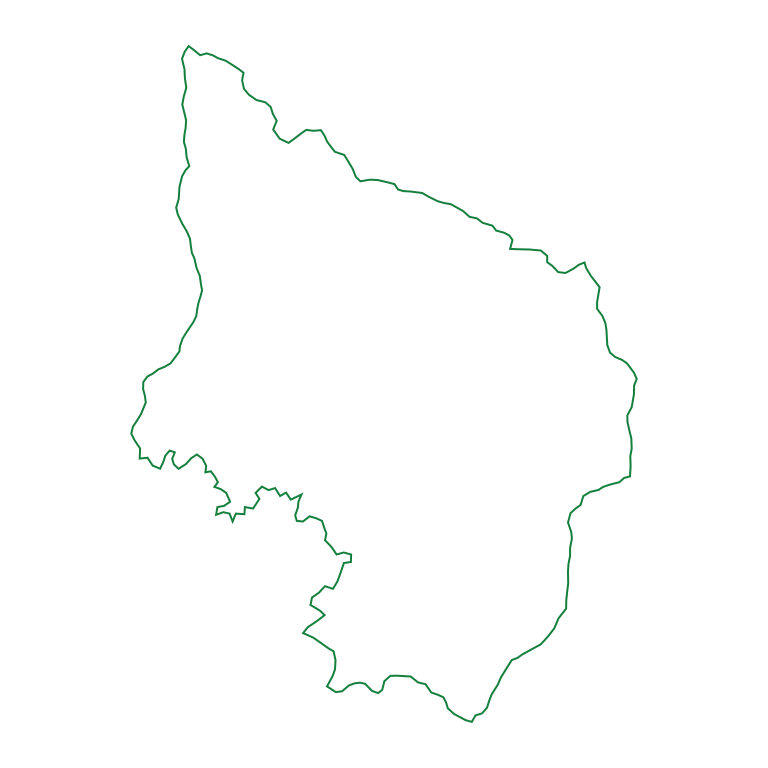 Luís Antônio, São Paulo, Brazil
{"feature_id": "56859067B15496650463399", "entity_name": "Luís Antônio", "entity_type": "district", "adm_level": 2, "iso_a3": "BRA", "parent_name": "Brazil", "parent_adm1": "São Paulo", "projection": "robinson", "projection_center": [-47.801, -21.547], "detail": "fine", "context": "isolated", "style": "outline", "palette": "green", "viewbox_px": 768, "rotation_deg": 0, "n_neighbors": 0, "source": "geoboundaries", "source_scale": "gbopen_adm2", "svg_char_len": 3623}
<svg xmlns="http://www.w3.org/2000/svg" viewBox="0 0 768 768"><path d="M188.6,46.1L184.7,51.8L182.0,58.8L184.5,69.3L184.9,78.2L186.3,87.6L183.7,96.9L182.3,104.6L184.4,113.1L186.1,120.4L185.6,128.1L184.5,134.2L183.9,141.9L185.8,148.6L186.7,157.7L189.3,166.1L185.6,170.1L182.1,176.2L179.5,186.7L178.7,199.0L176.2,207.6L177.7,214.2L182.3,223.8L186.7,231.2L190.0,238.7L190.8,245.8L191.9,252.9L194.4,258.4L196.6,268.1L199.8,275.8L200.9,283.8L202.1,290.4L200.4,296.7L198.6,302.3L197.2,309.2L196.3,316.1L193.3,322.2L186.2,332.7L182.6,338.6L180.1,345.7L179.3,351.6L175.8,356.4L170.5,363.4L164.4,366.9L158.3,369.4L152.9,373.6L147.4,376.5L143.3,382.1L143.1,389.1L144.7,394.9L145.8,402.4L141.1,413.9L136.7,421.1L132.9,426.7L131.3,433.6L134.6,440.3L140.1,448.5L139.7,458.6L147.5,457.7L152.7,465.6L160.1,468.7L163.4,461.8L165.3,455.7L169.7,450.6L174.8,452.3L172.2,458.9L173.9,464.4L178.5,468.8L186.0,464.0L191.3,458.1L196.9,454.5L202.6,458.7L206.2,465.9L205.4,472.3L210.9,471.3L214.9,476.7L217.9,482.2L214.4,486.9L220.7,489.1L226.2,492.9L230.1,501.7L224.0,505.9L217.4,507.1L216.1,514.8L223.3,512.2L229.6,513.6L232.6,521.5L235.9,513.6L244.4,514.2L244.9,507.1L253.1,508.5L259.4,498.9L255.6,492.9L261.9,486.6L268.5,490.1L275.1,488.1L280.1,496.0L286.1,492.6L290.8,499.6L301.5,494.5L298.4,501.7L297.9,507.5L295.2,515.4L296.8,520.9L302.9,521.5L309.7,516.3L316.3,518.3L322.0,520.9L324.3,528.0L326.4,533.5L325.0,540.2L331.6,547.1L336.6,554.5L343.7,552.5L351.1,554.5L350.9,562.0L343.9,563.0L341.0,571.6L337.4,581.5L333.0,588.8L325.0,586.2L318.8,592.8L312.0,597.5L310.5,605.0L319.9,610.6L324.6,615.1L317.9,620.4L307.8,627.2L303.1,633.1L313.2,637.6L320.1,642.4L329.0,648.7L333.6,651.3L335.5,660.1L335.0,669.4L332.5,676.3L327.0,686.4L335.8,692.1L342.0,691.3L349.0,685.4L354.6,683.3L360.2,682.7L365.1,683.8L372.0,690.9L378.1,693.1L382.2,689.9L384.4,681.1L390.3,675.9L396.7,675.7L410.7,676.5L418.0,682.4L425.5,684.2L431.3,692.5L438.4,695.0L443.4,697.3L446.1,702.6L447.8,708.3L454.1,714.0L465.5,720.1L471.8,721.9L475.5,715.4L482.0,713.4L487.0,707.7L489.2,700.8L491.6,694.5L497.7,684.8L501.0,677.3L506.7,668.1L511.7,660.1L517.5,657.9L522.4,654.4L527.1,651.8L533.3,648.4L540.5,644.5L544.6,640.2L548.7,635.6L554.3,628.3L558.6,618.2L566.1,608.7L566.3,600.1L567.3,590.6L568.2,583.6L568.0,571.3L568.5,563.9L570.1,555.7L570.1,547.8L571.9,538.6L571.3,532.2L568.0,522.5L570.5,513.2L575.6,508.5L580.6,504.9L583.3,496.1L590.1,491.9L598.4,490.0L603.1,486.9L609.9,484.6L619.4,482.2L624.0,478.0L630.0,476.4L630.6,466.0L630.3,456.3L631.7,448.5L631.3,438.4L629.2,429.7L627.5,422.2L627.3,415.5L631.7,407.2L633.9,394.5L634.1,385.6L636.7,378.9L633.9,372.6L627.1,363.5L622.2,360.0L615.2,357.0L610.0,352.6L607.3,345.1L606.4,329.5L605.4,323.2L602.4,315.9L597.1,308.8L597.1,302.1L599.6,287.2L590.8,275.8L586.1,267.9L584.5,262.5L578.8,264.8L573.7,268.5L565.5,273.0L558.2,272.1L552.1,265.7L547.2,262.2L547.2,255.9L540.8,250.5L529.3,249.5L516.9,249.2L510.1,248.9L512.5,240.0L509.3,235.5L504.1,232.7L496.2,230.6L492.5,225.7L482.6,222.8L476.9,218.4L469.5,216.8L463.2,211.1L450.6,204.1L444.5,203.1L437.9,201.3L428.8,196.8L422.2,193.0L410.4,191.5L403.3,191.1L398.1,189.5L394.5,184.1L386.3,182.0L377.5,180.0L369.8,179.7L360.4,181.3L355.8,176.8L352.7,168.9L347.9,160.9L344.3,155.0L334.9,151.8L330.9,146.7L327.2,141.7L324.5,135.6L320.9,130.2L313.2,130.8L306.2,129.9L300.4,134.0L294.3,138.7L288.5,142.9L279.7,138.7L273.2,129.5L276.7,120.8L272.9,114.0L270.7,107.0L265.4,102.3L256.4,100.0L248.9,94.7L244.0,88.9L242.1,80.3L243.5,72.8L238.9,69.2L234.2,66.1L225.6,60.7L218.0,58.2L213.0,55.4L206.7,53.4L200.1,55.2L194.1,50.2L188.6,46.1Z" fill="none" stroke="#15803d" stroke-width="2"/></svg>